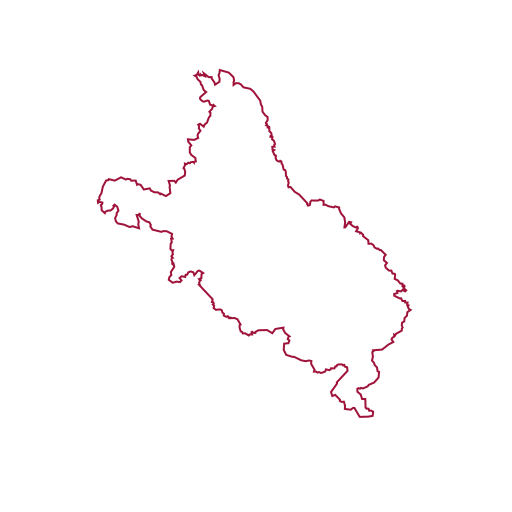 outline of Tzitzio, Michoacán, Mexico, rotated 338°
{"feature_id": "50627088B47865938217160", "entity_name": "Tzitzio", "entity_type": "district", "adm_level": 2, "iso_a3": "MEX", "parent_name": "Mexico", "parent_adm1": "Michoacán", "projection": "natural_earth1", "projection_center": [-100.936, 19.426], "detail": "fine", "context": "isolated", "style": "outline", "palette": "rose", "viewbox_px": 512, "rotation_deg": 338, "n_neighbors": 0, "source": "geoboundaries", "source_scale": "gbopen_adm2", "svg_char_len": 6108}
<svg xmlns="http://www.w3.org/2000/svg" viewBox="0 0 512 512"><g transform="rotate(338 256 256)"><path d="M379.1,363.9L378.0,362.5L377.7,359.9L378.9,358.9L377.8,358.0L379.1,355.9L376.9,355.0L377.4,353.5L374.9,352.6L374.6,349.5L373.4,349.2L369.3,344.6L369.9,343.0L373.3,343.3L373.5,341.3L374.2,341.2L377.0,343.1L379.0,342.4L381.1,344.7L382.4,344.1L381.3,341.9L380.3,341.8L382.5,339.7L382.2,338.8L380.7,339.5L380.4,338.9L381.4,336.6L379.5,335.6L378.3,331.6L376.0,329.2L378.0,325.6L378.0,324.5L376.0,323.4L376.0,320.2L373.9,319.4L371.9,315.4L372.2,313.0L374.8,311.5L372.9,307.8L374.4,304.8L376.7,303.5L374.0,297.2L372.9,296.9L372.0,294.8L370.9,294.7L369.1,292.4L369.0,289.9L367.5,287.7L364.9,286.8L366.0,283.4L362.7,277.7L363.3,276.5L362.1,273.8L361.2,273.9L361.5,273.2L358.1,270.6L361.0,268.3L361.0,267.4L360.7,266.7L359.2,266.9L357.0,264.6L355.4,261.5L356.8,260.4L355.2,259.2L349.4,262.9L348.7,262.6L351.2,258.3L352.4,253.3L350.8,248.5L350.7,243.3L351.3,242.2L347.9,239.6L346.4,240.1L341.6,236.8L339.6,234.4L337.8,233.9L339.3,230.3L336.3,227.5L334.5,227.9L328.2,225.3L326.7,226.2L325.0,228.9L323.1,228.8L322.8,226.9L323.4,226.5L319.0,215.1L316.0,211.1L313.8,204.9L311.9,204.5L312.0,202.7L313.9,200.1L313.7,198.9L314.7,197.2L313.8,195.8L314.3,194.3L313.8,193.0L315.2,188.9L315.2,187.2L314.0,186.2L314.8,181.5L314.4,179.4L315.0,178.0L314.1,176.8L313.2,177.2L311.7,176.3L310.8,174.3L311.1,171.8L312.0,170.9L311.9,170.0L311.0,169.5L310.8,165.1L312.5,164.6L311.2,163.5L312.0,160.9L314.2,161.6L314.4,159.9L315.6,159.3L315.8,155.8L314.6,153.9L315.8,152.0L314.0,150.9L314.5,150.1L315.7,150.2L316.2,147.6L315.1,145.2L316.3,142.3L315.2,141.4L316.3,140.9L314.8,139.1L315.4,139.1L315.5,137.9L315.0,137.6L315.0,136.3L317.7,134.4L318.8,131.5L317.2,128.8L316.1,124.6L317.7,119.8L317.3,117.4L318.1,113.6L315.3,102.6L313.3,98.8L307.5,94.9L306.4,91.5L304.9,89.5L302.1,88.2L299.3,89.0L300.4,86.2L301.4,85.3L302.1,81.8L299.5,75.8L292.1,70.0L290.7,72.7L289.1,74.1L288.6,78.4L287.3,80.8L282.2,81.8L282.5,79.5L281.4,74.8L281.9,73.5L279.2,72.5L276.1,67.1L276.0,70.2L273.9,68.0L272.7,68.0L272.5,66.8L271.3,67.5L270.7,66.4L271.2,64.1L268.9,65.9L266.8,65.8L268.0,67.5L268.1,70.2L269.7,73.8L269.2,76.3L269.9,77.6L269.7,82.5L271.2,85.3L264.1,87.7L263.2,88.5L263.1,90.0L264.4,92.5L265.8,93.5L269.0,93.6L270.3,94.4L270.2,98.6L272.4,100.4L273.1,99.9L273.9,101.5L271.9,101.2L270.5,103.1L266.8,104.8L267.4,106.2L266.1,109.0L264.3,109.8L260.6,113.9L257.5,114.9L256.0,116.5L253.6,112.4L251.6,112.6L251.9,114.1L250.8,116.5L251.4,119.1L248.0,121.0L246.9,122.5L246.6,124.9L242.2,125.2L236.6,122.3L236.0,124.7L237.5,129.2L235.4,130.3L233.4,135.2L233.8,137.9L236.5,142.4L235.6,145.8L233.6,145.5L233.4,146.0L233.1,145.2L230.6,144.6L229.4,145.2L228.1,144.1L226.1,144.9L224.7,143.7L224.2,145.2L221.7,147.4L222.2,148.5L221.9,151.4L220.1,154.7L212.0,155.9L209.1,157.9L208.4,155.7L203.1,153.7L202.7,158.2L201.8,159.5L200.1,165.7L194.9,166.7L191.1,162.4L190.3,162.8L189.1,160.4L185.6,158.8L183.1,156.0L182.8,153.5L176.9,152.3L175.7,146.8L173.2,145.0L172.4,145.3L172.7,141.0L168.5,139.4L168.1,137.7L165.6,136.2L164.0,136.4L160.4,132.5L153.3,133.2L148.3,129.6L147.4,130.4L145.4,129.8L140.0,134.3L136.3,139.8L133.3,142.1L132.3,143.6L132.2,145.1L130.2,145.1L129.5,147.5L131.1,147.2L133.6,148.9L132.8,150.2L131.1,150.8L131.1,153.0L130.0,155.7L131.9,159.6L132.7,158.6L135.6,158.4L138.1,159.3L141.0,158.5L142.8,157.1L142.6,156.0L144.1,155.4L145.8,158.4L145.4,162.5L142.9,164.0L142.2,165.7L139.5,168.2L139.1,171.4L140.0,174.0L145.3,177.4L149.7,181.8L152.8,182.2L157.9,186.5L158.7,182.6L160.2,180.0L160.7,173.3L162.7,174.0L164.3,172.7L163.1,175.2L164.3,178.5L167.5,183.1L169.7,184.7L170.1,187.8L169.1,188.9L169.9,192.8L177.4,198.2L179.4,198.2L182.5,199.6L186.5,204.1L185.0,206.2L185.2,208.6L183.8,208.1L183.0,211.9L181.6,212.5L179.3,217.3L179.9,219.2L181.3,219.6L179.8,221.5L179.7,223.2L177.5,224.5L178.0,226.2L177.5,226.0L176.2,227.8L176.3,229.7L175.4,232.0L175.8,232.7L176.6,232.3L176.2,235.4L171.0,239.0L170.3,242.0L167.7,243.2L166.2,245.4L168.8,249.6L172.8,250.0L175.7,251.7L177.8,250.8L176.9,247.8L179.4,246.9L182.5,248.9L183.7,247.1L185.2,247.5L187.1,245.8L189.6,245.8L191.8,247.7L191.6,250.7L196.6,248.0L198.1,248.4L200.6,252.0L198.8,252.3L197.0,256.1L195.7,256.0L195.6,257.3L194.6,256.6L194.8,258.0L193.1,259.6L193.1,261.5L192.4,261.4L199.6,279.9L197.9,282.2L199.1,282.9L199.0,284.5L197.8,284.8L198.5,286.7L197.2,288.3L198.7,290.9L202.6,292.0L204.0,293.6L203.6,295.6L204.7,297.7L203.8,298.8L204.0,299.5L205.7,301.3L207.3,301.2L207.4,302.5L208.9,303.4L208.3,303.8L213.1,305.6L215.1,307.8L216.0,313.8L214.8,314.1L213.9,316.4L213.6,320.2L214.8,321.4L214.7,322.8L217.1,323.7L219.5,327.0L220.6,326.3L223.0,327.3L223.3,325.0L224.0,324.8L224.8,326.2L226.6,327.1L227.2,326.1L230.5,325.8L238.5,328.8L242.2,333.7L246.6,330.9L254.6,332.7L253.7,334.3L254.2,338.3L256.9,343.0L256.0,343.0L254.3,345.0L255.3,346.8L253.4,349.0L249.3,347.8L246.5,353.5L247.0,359.0L251.9,363.1L253.5,363.7L258.9,369.7L262.8,372.2L265.9,372.7L268.0,374.1L266.7,376.7L267.7,383.3L266.4,384.9L268.4,385.7L269.3,387.1L270.9,387.2L272.3,388.7L273.6,389.0L276.9,389.0L278.4,387.3L281.0,389.2L282.8,389.1L283.5,388.2L286.6,389.6L288.1,388.1L289.3,388.5L290.3,387.5L292.3,387.5L295.5,389.0L295.8,390.1L297.0,390.1L297.0,391.9L298.8,393.3L297.8,396.8L283.6,403.4L283.3,404.7L274.6,410.2L274.3,414.4L277.4,414.4L280.0,420.7L279.4,421.8L280.8,423.4L282.9,424.0L282.5,428.2L281.1,431.1L286.3,434.0L289.1,433.2L290.3,433.7L291.9,444.0L299.9,447.0L304.3,447.9L306.3,444.2L305.2,442.8L302.9,441.7L303.3,440.4L302.6,439.3L301.4,439.1L300.8,437.6L303.8,429.5L300.8,428.3L301.2,423.6L299.2,419.9L300.1,417.2L301.5,416.9L302.7,418.0L303.9,417.6L305.6,418.9L310.7,418.7L312.3,417.7L318.1,417.6L324.1,414.6L326.7,409.6L325.6,408.3L326.4,404.6L325.1,401.2L325.5,399.6L324.4,396.4L326.7,393.1L327.8,388.7L329.4,388.2L329.3,387.3L337.9,390.0L345.7,387.7L351.1,387.2L350.4,384.2L351.7,382.9L354.0,382.5L354.6,380.7L355.3,381.7L356.5,380.6L363.2,379.8L364.0,378.0L365.2,377.2L365.1,375.1L366.4,372.6L368.9,372.2L370.5,369.2L373.7,367.8L375.2,364.8L379.1,363.9Z" fill="none" stroke="#9f1239" stroke-width="2"/></g></svg>